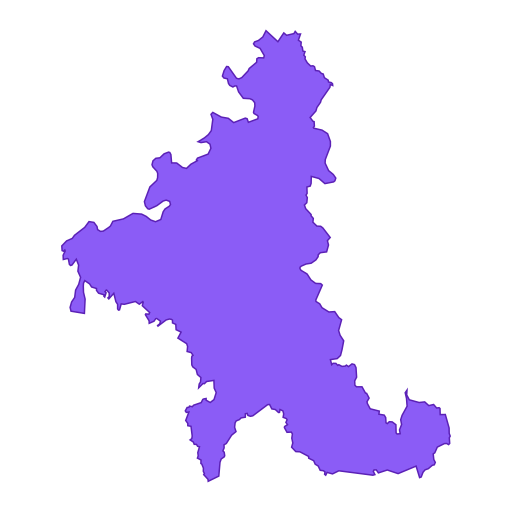 Chila de la Sal, Puebla, Mexico
{"feature_id": "50627088B42910044871865", "entity_name": "Chila de la Sal", "entity_type": "district", "adm_level": 2, "iso_a3": "MEX", "parent_name": "Mexico", "parent_adm1": "Puebla", "projection": "robinson", "projection_center": [-98.469, 18.149], "detail": "fine", "context": "isolated", "style": "filled", "palette": "violet", "viewbox_px": 512, "rotation_deg": 0, "n_neighbors": 0, "source": "geoboundaries", "source_scale": "gbopen_adm2", "svg_char_len": 6026}
<svg xmlns="http://www.w3.org/2000/svg" viewBox="0 0 512 512"><path d="M440.2,414.6L440.0,408.5L439.1,407.7L436.6,408.0L433.6,404.5L428.8,405.6L424.7,401.9L419.1,402.5L409.3,399.8L406.7,394.9L407.0,390.1L405.2,392.7L406.5,398.4L407.1,406.2L402.1,415.3L400.7,419.7L401.6,424.5L399.5,429.9L400.2,433.7L397.1,434.0L396.1,432.9L395.9,424.7L392.2,421.9L389.3,421.7L387.3,423.6L386.0,422.8L385.7,417.6L384.2,415.1L378.9,414.2L379.3,411.1L370.2,408.8L367.4,403.6L367.0,401.7L369.1,398.1L366.6,393.3L365.5,393.1L362.0,386.8L356.5,386.8L354.9,385.3L354.7,380.9L356.6,377.2L356.0,367.6L354.5,364.6L352.0,363.9L348.5,366.6L346.4,365.1L345.2,366.1L342.0,366.4L338.8,364.7L337.8,365.4L335.9,363.4L333.1,363.3L331.7,364.7L330.4,359.6L337.2,358.6L340.5,355.5L342.0,349.7L343.7,340.8L340.1,335.3L338.6,330.5L341.6,319.7L338.8,317.6L334.7,311.6L328.9,312.0L322.0,307.7L319.7,303.8L316.0,301.5L315.8,300.0L322.3,285.1L320.7,283.6L315.6,283.4L310.9,279.9L307.1,274.0L301.0,270.3L299.9,268.5L300.0,267.3L301.3,266.1L306.1,264.0L311.2,263.2L315.9,259.9L318.1,256.7L318.2,254.8L320.3,252.7L326.6,251.9L328.5,245.0L327.4,240.7L330.2,237.5L322.8,227.9L320.7,226.3L316.9,226.1L312.9,222.2L313.3,218.4L311.1,215.8L311.1,214.5L305.7,208.7L304.4,205.0L306.8,202.7L307.3,197.6L306.0,195.1L307.1,193.4L306.9,187.0L310.2,186.1L311.1,183.4L311.3,176.4L319.0,178.5L324.9,183.6L333.6,181.9L334.9,180.8L335.8,178.1L333.3,174.5L328.6,170.6L325.1,163.1L325.3,159.5L330.4,146.1L330.4,141.5L327.6,133.7L322.0,130.1L313.8,128.2L313.4,127.5L314.4,126.1L314.1,121.6L312.9,121.2L310.1,117.5L315.9,111.0L316.9,107.5L320.5,102.3L321.2,99.8L329.9,87.3L330.3,84.5L332.7,85.5L332.5,83.7L331.3,82.6L328.5,82.0L328.2,80.2L324.4,77.7L323.2,74.0L321.3,73.4L319.1,71.0L315.5,70.5L314.5,66.7L313.0,65.8L310.6,66.0L307.3,62.8L305.0,58.9L305.3,56.8L303.8,55.2L305.0,51.6L302.9,51.1L302.3,47.2L300.9,45.8L301.2,42.1L298.4,40.2L300.5,34.0L297.6,34.1L295.2,31.4L293.9,33.6L286.6,35.3L283.8,32.9L277.9,41.7L266.0,30.7L262.8,37.0L258.4,40.5L254.6,41.9L253.5,43.8L255.0,46.0L260.1,48.4L264.3,55.6L263.7,57.9L258.6,57.7L256.9,58.7L256.6,62.3L249.2,68.5L248.1,70.9L241.8,77.6L238.9,78.9L236.5,78.3L228.3,66.7L226.6,66.5L224.1,70.6L222.4,76.1L223.9,78.0L227.4,78.8L228.5,83.5L229.8,85.4L232.9,87.0L234.9,85.9L236.6,86.0L238.6,91.9L243.3,98.3L249.9,98.7L252.5,99.9L254.7,102.7L254.9,106.0L253.5,112.3L254.0,113.5L257.5,115.5L258.2,116.5L257.8,118.8L248.4,122.3L247.1,118.7L245.3,118.1L233.7,122.6L228.3,118.3L221.4,117.1L212.8,112.4L211.0,114.3L212.8,119.3L211.3,130.6L208.4,134.6L204.4,137.9L198.1,141.7L201.0,142.6L206.5,141.7L210.0,144.2L210.9,148.3L208.1,154.1L197.5,158.1L196.4,159.9L197.3,160.7L190.9,164.2L186.5,168.4L182.5,167.5L176.7,163.0L171.6,162.9L170.9,154.6L169.8,152.5L168.6,152.1L164.1,153.8L159.9,157.8L155.8,158.3L153.0,160.8L152.0,164.7L152.8,166.8L156.9,171.3L157.7,173.5L157.6,177.7L156.8,180.4L149.9,186.9L144.4,201.6L145.4,205.8L147.7,208.7L149.2,209.2L156.8,205.7L163.2,201.0L166.2,200.1L169.7,201.4L170.5,204.5L169.3,206.2L165.1,208.9L163.2,211.7L160.8,219.5L155.5,221.7L150.7,220.0L146.2,216.4L141.6,214.1L133.0,213.4L123.4,218.9L112.9,221.3L110.4,226.1L108.8,227.4L103.3,231.1L100.5,231.4L97.6,229.6L97.0,226.5L93.9,222.4L89.0,221.6L84.7,227.4L74.5,235.3L72.3,238.4L66.6,240.9L61.8,245.9L62.1,250.6L63.5,251.2L64.8,250.0L65.2,251.0L63.1,255.3L63.3,259.5L67.3,258.5L68.4,259.0L69.4,264.4L70.6,265.5L72.0,265.0L76.3,259.2L78.6,265.1L77.9,271.2L80.6,277.3L78.7,284.4L75.6,290.1L74.7,297.4L71.6,302.0L70.1,307.4L71.0,311.2L84.4,313.4L85.1,299.1L83.5,292.3L83.3,286.1L83.5,283.2L84.8,280.6L89.6,283.9L91.6,287.0L96.5,288.5L96.5,290.4L98.6,293.2L104.1,294.8L103.9,296.2L104.7,297.0L106.1,292.8L105.0,291.7L106.3,290.0L106.9,290.3L109.2,293.0L109.2,296.6L107.9,297.9L108.8,298.9L113.8,293.3L115.9,301.7L117.6,304.3L117.6,308.9L118.5,310.1L119.5,309.9L121.2,303.9L124.3,304.3L135.4,301.5L139.3,304.2L142.8,301.6L143.2,302.3L142.3,305.7L149.7,312.6L148.9,314.2L145.8,313.9L145.4,314.7L149.1,320.8L149.2,323.3L154.0,321.2L155.7,318.7L156.8,318.5L160.5,321.2L159.7,323.9L157.6,325.5L158.0,326.1L166.2,319.9L169.5,319.0L171.5,319.4L172.5,320.2L172.5,322.9L175.8,324.4L176.1,329.7L181.1,332.1L177.9,338.1L186.7,343.7L187.6,346.5L187.1,351.5L191.2,352.6L193.0,355.3L191.9,356.2L191.6,358.1L191.8,364.9L192.8,366.9L196.1,369.4L197.4,374.5L200.9,377.5L200.5,382.0L199.2,384.0L198.7,387.8L203.0,383.5L204.4,383.7L206.6,381.5L213.9,380.4L214.2,388.1L216.2,392.6L214.0,399.6L210.2,402.5L206.1,400.2L206.1,398.5L203.9,398.9L202.8,399.4L201.2,402.6L193.6,405.2L192.3,406.7L189.5,406.1L188.9,407.3L187.1,407.5L185.3,410.9L186.3,412.4L188.9,412.0L185.7,420.5L187.8,423.4L187.8,425.7L191.0,426.3L192.2,436.0L191.8,438.6L190.1,439.9L193.4,442.1L194.2,444.3L196.5,444.4L197.6,446.3L199.5,446.7L197.8,452.6L198.2,455.9L197.4,458.1L201.0,460.0L200.9,463.5L201.8,464.1L203.4,468.1L203.3,471.3L204.4,473.5L203.7,474.6L208.0,479.3L208.2,481.3L218.8,476.1L220.0,462.3L221.2,459.0L224.3,456.8L224.7,455.6L224.2,452.2L222.9,450.9L224.1,447.9L224.0,444.8L226.3,443.5L231.6,435.2L236.0,431.6L234.6,427.3L235.1,422.9L236.2,420.9L239.4,419.6L241.1,417.9L245.3,417.2L245.4,413.7L247.2,413.4L247.9,415.4L250.4,416.3L252.8,415.8L267.7,404.6L269.6,404.5L271.8,408.9L275.3,409.5L278.5,412.5L279.5,412.4L280.0,409.5L282.9,410.9L283.7,413.9L283.1,417.3L286.4,418.6L287.1,419.8L285.9,422.4L287.5,424.7L284.6,426.5L284.4,427.6L287.0,432.3L291.3,432.1L292.4,433.9L291.8,438.2L292.8,443.0L291.6,447.2L295.8,451.6L299.9,451.8L308.6,456.4L308.7,458.2L313.7,460.7L315.2,464.2L318.2,466.0L320.2,470.3L323.4,470.7L325.0,471.9L324.6,474.3L325.7,475.2L327.1,472.4L332.5,473.9L338.8,470.8L372.9,475.2L374.9,474.6L373.3,471.3L374.1,469.9L376.3,469.9L378.4,472.9L387.3,470.0L398.1,473.6L416.1,466.1L419.6,477.6L421.2,477.0L423.0,472.3L425.1,469.8L428.3,468.7L432.3,465.3L434.3,464.8L435.3,462.4L433.8,459.5L433.2,453.9L434.8,452.8L437.3,447.1L444.4,443.6L446.7,443.5L448.6,444.6L449.7,443.4L449.3,437.8L450.2,436.1L449.2,433.4L449.1,428.0L445.3,414.5L440.2,414.6Z" fill="#8b5cf6" stroke="#5b21b6" stroke-width="1.5"/></svg>